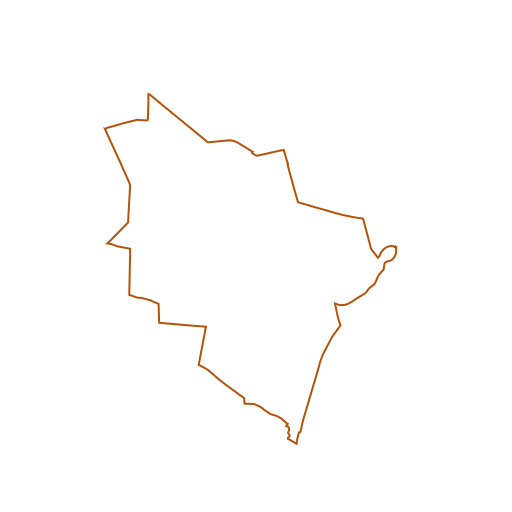 Subate, Ilukstes, Latvia, rotated 69°
{"feature_id": "27541924B14996624872646", "entity_name": "Subate", "entity_type": "district", "adm_level": 2, "iso_a3": "LVA", "parent_name": "Latvia", "parent_adm1": "Ilukstes", "projection": "mercator", "projection_center": [25.914, 56.009], "detail": "fine", "context": "isolated", "style": "outline", "palette": "amber", "viewbox_px": 512, "rotation_deg": 69, "n_neighbors": 0, "source": "geoboundaries", "source_scale": "gbopen_adm2", "svg_char_len": 3206}
<svg xmlns="http://www.w3.org/2000/svg" viewBox="0 0 512 512"><g transform="rotate(69 256 256)"><path d="M445.8,285.4L442.4,283.6L436.2,279.3L436.0,277.4L428.0,272.2L423.4,268.8L423.1,268.5L381.4,236.6L381.1,236.3L379.3,235.3L371.9,228.9L358.6,213.7L351.1,202.0L347.7,201.9L344.5,201.7L342.0,201.4L337.4,200.7L335.5,200.4L330.4,199.6L328.7,199.3L331.7,195.6L333.0,192.4L333.6,189.9L333.6,187.8L333.2,183.9L332.3,179.7L331.6,176.5L331.0,173.5L330.5,170.4L330.1,168.0L329.2,165.8L327.5,163.4L326.5,161.5L325.1,157.0L324.9,156.0L323.2,153.7L321.3,151.9L319.2,149.8L317.7,148.1L316.2,145.5L315.1,143.0L314.6,142.0L312.7,140.8L311.4,140.0L309.5,139.0L308.6,138.1L308.1,136.9L308.2,135.1L308.5,132.5L308.3,130.7L307.5,128.8L306.4,127.0L304.7,125.2L303.0,123.9L300.5,123.0L298.2,122.3L297.9,121.8L297.0,122.4L297.2,122.8L297.3,123.4L296.4,123.8L295.8,124.7L294.9,126.5L294.6,128.8L294.7,132.3L295.6,134.6L296.9,137.2L298.5,139.0L300.0,140.5L301.3,142.4L301.3,142.8L300.6,143.0L293.4,145.2L290.4,146.0L269.1,143.7L268.8,143.7L266.2,143.4L259.5,142.7L259.0,143.5L254.3,151.8L253.8,152.5L248.9,160.1L243.6,167.5L233.3,181.1L233.0,181.6L232.8,181.9L232.1,182.8L224.6,192.6L220.9,197.5L206.4,196.3L192.8,194.9L189.2,194.6L185.5,194.1L181.9,193.7L181.8,193.2L177.0,193.0L167.0,192.1L167.0,192.6L166.4,194.8L165.6,199.8L164.4,208.2L162.8,219.1L161.5,220.6L158.5,222.7L157.5,221.7L156.6,222.5L151.0,226.8L145.6,231.0L143.5,232.5L141.4,234.7L141.1,235.0L140.9,235.2L140.0,236.4L139.5,237.2L138.7,238.8L138.9,238.8L137.8,241.5L132.8,259.7L132.6,260.2L113.1,271.3L103.4,276.8L93.7,282.4L92.9,282.8L81.0,289.6L67.4,297.2L66.2,298.1L66.4,298.5L70.6,300.1L77.7,302.9L80.9,304.3L90.1,308.2L90.0,310.2L86.6,317.4L86.1,318.4L86.1,319.3L84.5,332.2L83.0,349.9L83.7,350.8L83.1,351.5L85.6,351.4L117.4,349.4L118.1,349.2L119.0,349.1L119.7,349.2L119.9,349.2L120.2,349.2L120.6,349.1L122.6,349.1L124.4,349.0L140.6,348.1L142.8,348.1L144.1,348.2L144.8,348.3L146.2,348.8L147.6,349.4L162.3,356.0L162.5,356.1L162.8,356.2L170.2,359.6L170.4,359.7L170.7,359.8L171.6,360.2L171.8,360.3L172.0,360.4L178.7,363.3L178.9,363.4L179.0,363.6L190.9,389.9L191.0,390.2L191.2,389.7L191.7,389.0L194.0,385.6L197.5,381.7L199.3,378.7L201.4,375.3L204.1,371.0L207.5,372.2L245.0,387.5L246.1,387.9L247.1,388.2L248.0,386.8L248.8,385.8L250.4,384.0L251.8,382.4L252.7,381.0L253.7,378.7L254.4,377.5L255.8,375.6L257.4,373.4L259.2,370.9L260.0,369.8L261.3,368.9L262.6,367.5L264.4,365.6L265.7,364.1L269.8,365.5L274.9,367.3L278.9,368.7L280.5,369.3L281.4,369.6L283.2,370.0L283.7,370.2L288.9,359.5L289.6,358.2L292.6,351.9L293.3,350.6L298.2,340.4L304.1,328.1L337.1,348.5L342.0,344.1L344.7,342.0L345.1,341.7L357.1,335.3L359.7,333.8L366.3,329.8L371.0,326.7L379.4,321.3L384.5,317.9L387.0,318.8L389.8,319.6L390.3,318.6L390.8,317.2L393.5,310.8L398.4,305.9L402.8,303.3L409.2,298.7L413.1,293.6L416.8,290.6L422.2,287.8L424.1,286.6L425.4,288.4L425.6,288.7L426.8,287.2L427.9,286.9L428.7,286.9L429.9,287.2L431.7,288.8L432.4,289.3L432.6,289.4L434.1,289.1L434.7,288.9L434.9,288.8L435.2,288.8L435.8,289.0L436.6,289.8L437.3,291.5L437.5,291.7L437.8,291.8L438.3,291.7L438.8,291.1L440.4,289.7L441.5,289.0L443.0,287.6L445.2,285.9L445.8,285.4Z" fill="none" stroke="#b45309" stroke-width="2"/></g></svg>